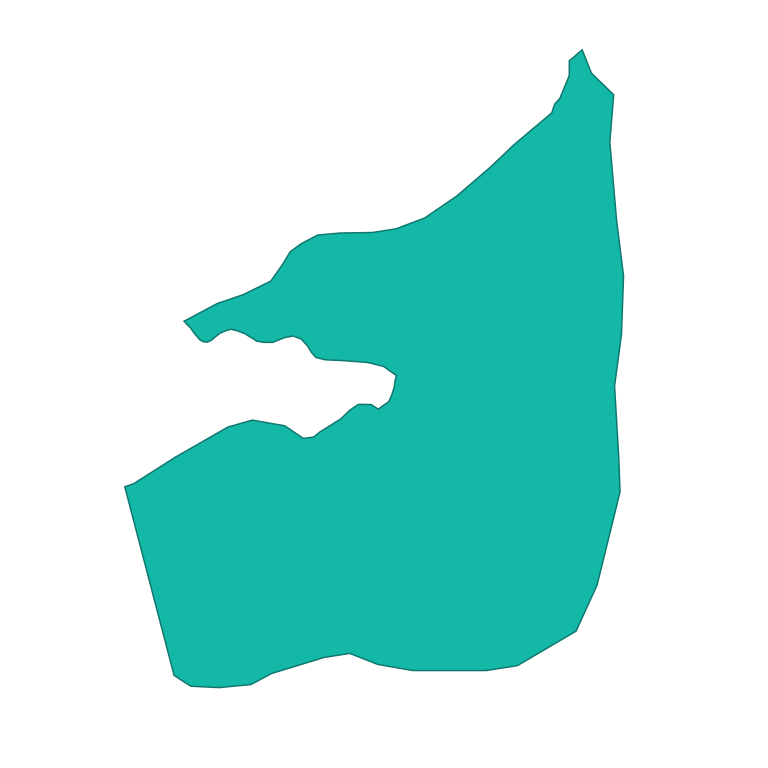 Morne Citon, Dauphin, Saint Lucia, rotated 351°
{"feature_id": "8701671B41674368745419", "entity_name": "Morne Citon", "entity_type": "district", "adm_level": 2, "iso_a3": "LCA", "parent_name": "Saint Lucia", "parent_adm1": "Dauphin", "projection": "mercator", "projection_center": [-60.929, 14.031], "detail": "fine", "context": "isolated", "style": "filled", "palette": "teal", "viewbox_px": 768, "rotation_deg": 351, "n_neighbors": 0, "source": "geoboundaries", "source_scale": "gbopen_adm2", "svg_char_len": 1764}
<svg xmlns="http://www.w3.org/2000/svg" viewBox="0 0 768 768"><g transform="rotate(351 384 384)"><path d="M590.0,551.9L600.2,527.6L604.0,496.9L611.4,422.1L626.3,372.2L637.5,314.7L639.3,259.0L644.9,180.4L656.1,134.3L637.5,109.4L632.0,85.0L629.3,86.6L617.6,93.8L615.9,104.2L615.2,108.3L613.4,111.4L602.4,129.4L596.3,134.3L592.2,142.4L572.0,154.6L549.2,168.4L530.4,181.4L522.6,186.7L485.5,209.6L449.9,226.5L428.2,230.9L420.3,232.6L396.6,232.6L364.0,228.0L341.7,226.5L331.2,230.1L323.9,232.6L312.1,238.7L308.8,242.6L301.7,250.9L288.4,264.6L262.6,272.6L258.7,273.8L256.8,274.1L232.0,278.4L213.7,284.7L209.8,286.0L206.8,287.1L196.3,290.7L199.3,295.1L201.5,298.1L203.8,302.7L205.2,305.3L207.5,309.1L208.7,311.1L209.7,312.0L212.0,313.9L216.0,315.0L220.3,313.8L221.6,313.0L224.7,311.1L227.8,309.4L230.0,308.2L234.3,307.1L236.2,306.6L241.5,306.0L244.4,307.2L246.7,308.1L248.9,309.4L254.4,312.5L260.1,317.5L261.2,318.2L264.8,321.6L267.9,322.7L271.1,323.9L280.6,325.5L293.0,322.6L302.0,322.4L303.7,323.4L309.3,326.7L313.3,332.7L314.5,334.6L317.4,341.7L320.3,346.2L321.0,347.2L329.8,350.9L348.1,354.7L371.0,360.1L386.2,366.5L391.7,371.9L397.6,377.6L396.4,380.3L395.4,382.7L393.5,389.1L389.5,396.8L388.8,397.8L385.8,402.4L380.7,404.7L374.4,408.0L368.1,402.3L361.9,401.2L355.7,400.1L349.1,403.1L346.2,404.5L343.3,406.5L335.6,411.8L329.0,414.6L312.9,421.5L311.2,422.5L306.3,425.4L295.8,425.1L294.3,423.7L279.5,409.8L248.3,399.1L226.4,401.7L223.1,402.1L217.9,404.1L166.8,423.5L122.7,442.6L120.9,443.4L114.7,444.5L111.9,445.0L131.1,639.0L142.1,648.9L146.0,652.3L167.1,656.7L173.9,658.1L205.6,660.0L227.9,652.3L281.9,644.7L308.0,644.7L334.0,660.0L367.5,671.5L440.1,683.0L471.8,683.0L535.1,658.1L563.0,615.9L590.0,551.9Z" fill="#14b8a6" stroke="#0f766e" stroke-width="1.5"/></g></svg>